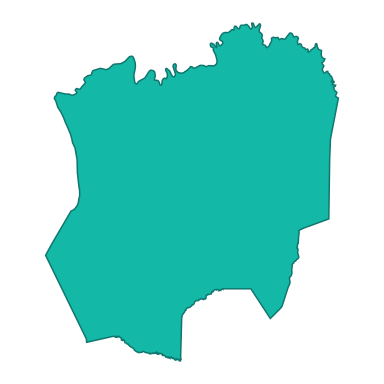 Namwala, Southern, Zambia (Equal Earth projection)
{"feature_id": "96606910B54328368707661", "entity_name": "Namwala", "entity_type": "district", "adm_level": 2, "iso_a3": "ZMB", "parent_name": "Zambia", "parent_adm1": "Southern", "projection": "equal_earth", "projection_center": [26.749, -15.957], "detail": "fine", "context": "isolated", "style": "filled", "palette": "teal", "viewbox_px": 384, "rotation_deg": 0, "n_neighbors": 0, "source": "geoboundaries", "source_scale": "gbopen_adm2", "svg_char_len": 5808}
<svg xmlns="http://www.w3.org/2000/svg" viewBox="0 0 384 384"><path d="M270.3,318.5L280.9,307.9L282.1,306.1L288.2,287.1L289.9,283.4L290.0,281.8L289.7,281.1L289.8,280.2L289.3,278.0L289.6,277.3L290.3,277.0L291.5,274.9L291.9,273.6L291.8,269.3L292.2,266.4L292.2,264.3L293.6,263.2L294.0,262.0L294.8,261.2L295.2,261.2L295.3,260.8L295.8,260.7L296.8,259.4L297.5,259.1L298.7,257.7L298.7,256.3L297.7,253.2L297.7,251.6L298.0,250.5L297.9,249.0L297.3,247.9L296.8,247.9L297.5,246.1L297.4,245.0L297.7,243.7L298.2,243.5L298.6,236.7L299.1,232.8L299.0,230.4L304.2,227.9L328.8,218.9L329.7,157.9L330.5,138.8L338.4,98.1L336.0,96.7L335.4,96.1L336.9,92.7L336.8,92.3L334.6,90.4L333.5,87.2L335.1,86.4L335.6,85.2L332.3,84.7L332.5,83.7L334.0,82.5L334.0,81.6L333.6,81.0L332.2,82.0L331.5,81.9L331.5,81.2L332.7,79.1L331.8,77.8L331.6,76.4L329.8,75.5L329.7,74.0L328.2,73.1L327.7,71.4L326.6,71.4L325.1,72.9L324.3,73.1L323.7,72.7L322.4,70.0L322.4,68.8L323.9,66.0L322.2,63.6L322.1,62.8L324.0,61.0L324.9,58.8L322.9,58.2L321.9,57.1L321.4,55.7L321.2,54.1L321.5,50.5L319.2,49.7L318.2,48.9L317.5,47.2L316.7,43.8L316.1,43.6L315.5,44.3L314.8,47.4L313.6,47.8L312.8,48.9L311.2,49.7L310.2,51.1L308.4,52.1L308.1,51.8L308.1,49.9L307.7,49.1L307.0,49.1L306.0,49.6L305.6,49.5L304.6,48.0L302.8,47.5L302.0,46.7L301.0,44.1L299.9,43.7L298.2,44.7L297.8,44.4L297.5,42.0L297.6,40.6L298.4,38.2L297.9,37.2L296.6,36.4L293.8,36.8L292.0,33.6L290.7,33.0L289.7,33.1L284.9,39.3L281.7,38.5L279.2,39.7L278.1,37.6L277.6,37.4L276.0,37.9L273.7,37.3L272.1,37.7L271.5,38.4L271.6,41.3L269.7,44.3L269.3,46.0L266.8,47.7L266.4,47.4L265.5,45.6L262.4,44.1L263.2,41.3L262.4,39.1L261.6,38.2L262.2,36.1L262.2,35.0L261.6,33.6L259.7,32.3L259.3,31.3L259.3,29.1L259.7,28.6L260.6,25.4L259.9,23.9L259.4,23.9L256.5,26.8L255.2,27.4L254.4,26.7L253.4,23.5L252.5,23.0L251.8,23.2L251.7,24.3L252.2,26.0L252.2,27.1L252.0,28.2L251.3,29.1L250.7,29.0L249.7,28.1L248.9,26.5L247.4,24.9L246.3,24.4L244.0,25.2L241.1,25.2L240.5,25.7L239.5,28.3L238.6,28.8L237.8,28.5L236.2,26.4L234.9,26.2L234.4,26.9L233.7,30.0L232.0,29.6L228.5,32.5L224.2,32.6L222.8,33.4L221.3,35.0L219.7,38.1L219.6,39.3L220.1,40.2L222.6,41.5L222.9,42.7L222.3,44.0L220.6,45.7L219.7,45.7L219.2,45.3L217.9,42.6L217.3,42.4L216.9,42.4L216.3,43.2L216.3,44.9L216.8,46.7L216.3,47.5L215.0,46.3L213.9,44.4L212.6,43.6L211.2,43.2L210.3,44.1L210.4,45.6L210.8,46.6L213.5,48.1L213.2,50.0L215.6,54.9L217.1,60.6L216.7,63.7L214.1,65.9L209.0,65.6L205.9,66.7L203.8,65.5L200.3,65.3L194.7,68.2L193.7,68.2L192.1,66.9L190.5,66.6L189.4,68.2L186.1,71.1L184.9,71.6L184.1,72.5L181.5,73.3L178.2,72.5L176.4,71.0L175.8,69.2L176.2,65.9L176.0,64.6L175.3,63.9L174.6,63.9L173.5,64.6L173.0,66.5L175.4,73.8L175.4,74.9L174.8,76.3L174.4,76.7L173.6,76.9L172.5,76.3L171.9,75.5L169.7,71.0L166.6,68.4L166.1,68.5L165.7,69.1L165.7,70.4L167.2,73.5L167.4,75.5L167.2,77.2L166.3,78.8L164.4,78.1L163.6,78.6L162.3,80.2L161.8,84.0L161.2,85.3L160.0,85.0L159.3,82.5L158.2,80.7L156.9,80.3L154.7,80.2L154.5,79.1L155.3,75.9L154.7,72.0L153.4,70.7L151.0,70.1L149.8,70.7L148.7,72.0L144.8,78.1L139.4,80.9L138.2,81.9L137.0,83.8L136.3,84.0L135.3,83.3L134.7,82.0L133.8,75.6L135.3,67.9L135.4,65.8L135.2,62.8L133.8,58.4L133.2,57.1L132.0,56.2L131.0,56.2L129.1,57.0L125.1,61.3L122.1,63.0L120.5,63.7L114.0,64.2L112.7,65.0L109.4,68.1L107.2,69.4L105.7,69.6L100.9,68.4L100.0,68.4L93.0,70.6L91.9,72.5L91.7,74.2L91.1,75.0L87.5,75.8L84.4,78.2L83.9,79.7L84.1,80.4L85.2,81.8L85.3,82.9L81.5,87.2L80.3,89.0L79.4,89.3L76.7,88.5L75.5,89.4L75.3,90.5L76.8,92.3L76.7,93.1L76.2,93.6L73.9,94.8L72.0,95.3L68.8,94.0L65.8,94.1L58.1,92.3L57.1,93.0L56.0,95.8L54.9,96.4L54.3,98.4L55.7,100.7L57.8,107.2L61.1,112.5L63.6,117.6L65.4,122.4L67.8,127.7L70.4,134.0L71.9,139.2L72.5,142.6L75.0,147.9L77.1,159.7L77.4,172.8L79.1,188.0L79.5,189.2L79.7,195.6L78.8,199.3L78.3,202.9L76.9,206.2L73.9,209.7L71.0,211.1L51.7,244.1L45.6,255.3L86.4,339.0L86.6,342.3L113.6,336.2L114.8,336.8L115.9,336.5L115.7,337.2L116.2,337.4L117.3,336.6L117.9,337.2L118.1,336.7L119.0,336.3L120.6,337.8L121.2,337.9L121.6,338.7L121.4,339.3L121.8,339.6L121.5,340.0L122.3,340.5L123.5,339.7L123.7,340.4L124.4,340.6L125.0,342.7L125.8,342.8L127.1,344.0L128.2,344.1L128.3,344.6L130.1,346.5L133.5,348.3L134.2,349.8L136.4,351.7L137.9,352.1L138.4,352.6L141.8,352.3L142.3,352.1L142.7,351.3L144.4,351.8L145.4,352.6L145.9,352.4L147.1,352.9L148.0,352.8L149.2,353.5L149.8,353.3L150.0,353.8L150.4,353.4L151.8,353.7L152.4,353.0L153.7,353.5L154.1,353.0L155.0,353.2L155.3,352.7L156.0,353.0L156.2,352.7L156.2,353.5L156.9,353.6L157.3,353.2L157.4,354.0L157.9,354.3L158.3,354.0L158.2,353.5L158.7,353.9L158.8,353.2L159.8,353.6L160.7,353.3L161.0,353.8L162.4,354.1L162.4,355.4L163.0,355.5L163.1,355.1L163.6,355.0L165.3,356.0L165.3,356.4L166.1,356.7L166.1,357.3L168.0,356.9L168.2,357.1L167.9,357.2L167.9,357.4L168.5,357.2L168.5,357.8L169.0,357.6L169.9,358.3L169.9,357.5L170.3,357.6L170.7,356.9L170.6,357.2L171.2,357.5L171.3,356.9L171.6,357.0L172.2,357.6L171.9,358.0L172.3,358.4L173.0,358.5L172.9,358.0L173.4,358.1L173.4,358.6L174.6,359.2L175.2,360.1L175.9,359.6L176.2,358.7L176.4,358.9L176.3,359.5L176.7,359.8L176.9,359.4L177.8,359.1L179.4,360.8L179.9,361.0L179.9,359.3L180.1,359.2L180.8,359.9L181.1,359.3L180.6,357.5L181.7,318.2L182.3,315.1L184.7,311.8L184.7,310.9L185.9,310.2L186.0,309.5L187.0,308.0L189.7,307.4L191.6,305.9L192.3,304.8L193.5,304.6L195.0,301.5L196.4,300.5L197.9,300.7L198.7,300.4L199.1,299.5L200.1,299.4L201.1,298.6L202.3,299.2L203.1,299.0L203.4,299.5L204.7,298.8L205.1,299.1L205.6,298.8L206.2,297.1L206.0,296.0L206.6,295.2L207.2,295.1L207.6,294.4L208.9,294.6L210.0,294.0L211.3,293.9L211.7,291.9L212.7,292.0L213.5,291.1L213.5,290.6L214.6,289.8L216.7,289.6L216.9,290.0L217.6,289.5L218.2,289.6L218.7,290.4L219.0,290.3L219.1,290.7L219.7,290.1L220.8,290.4L221.4,289.3L222.8,288.9L223.1,289.2L223.2,288.8L250.9,288.8L270.3,318.5Z" fill="#14b8a6" stroke="#0f766e" stroke-width="1.5"/></svg>